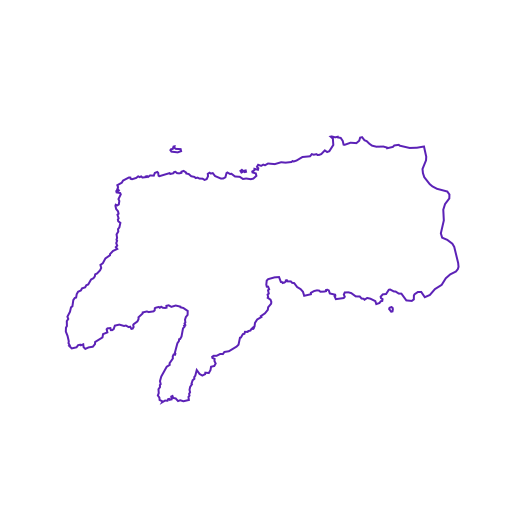 Santa Bárbara de Samaná, Samaná, Dominican Republic (orthographic projection), rotated 167°
{"feature_id": "3306468B43421780768425", "entity_name": "Santa Bárbara de Samaná", "entity_type": "district", "adm_level": 2, "iso_a3": "DOM", "parent_name": "Dominican Republic", "parent_adm1": "Samaná", "projection": "orthographic", "projection_center": [-69.295, 19.263], "detail": "fine", "context": "isolated", "style": "outline", "palette": "violet", "viewbox_px": 512, "rotation_deg": 167, "n_neighbors": 0, "source": "geoboundaries", "source_scale": "gbopen_adm2", "svg_char_len": 6133}
<svg xmlns="http://www.w3.org/2000/svg" viewBox="0 0 512 512"><g transform="rotate(167 256 256)"><path d="M66.0,228.7L70.5,232.0L70.8,236.5L65.0,248.4L63.1,259.0L60.1,264.1L54.7,268.6L53.7,272.4L55.1,275.8L64.6,280.8L68.5,284.2L70.6,287.0L74.3,294.9L74.7,299.2L74.2,303.3L68.8,311.0L67.8,314.4L67.7,324.9L74.8,325.3L82.0,326.7L91.2,331.2L91.9,332.2L96.4,332.6L98.1,331.5L104.0,331.5L104.0,332.2L107.3,334.0L114.1,335.4L118.1,337.4L120.3,339.9L122.3,343.0L124.3,344.4L125.9,347.9L127.9,347.9L129.5,345.1L132.8,343.4L138.4,345.1L144.6,344.4L145.6,344.8L145.6,348.6L146.9,352.0L149.5,353.1L149.5,353.8L152.1,353.8L155.4,355.5L156.4,355.5L154.7,353.1L155.7,346.8L161.0,341.6L163.3,341.3L165.2,343.4L169.5,340.6L171.8,340.3L173.4,340.6L174.1,341.6L177.0,341.7L178.7,342.7L180.9,341.0L188.5,342.0L195.0,339.9L198.0,339.6L199.0,340.3L200.3,339.6L206.2,340.3L210.4,341.7L217.0,341.3L223.5,343.4L226.8,342.4L228.4,343.4L230.7,342.7L233.4,344.4L235.0,342.7L234.0,341.0L234.7,339.6L237.9,341.3L238.3,339.9L240.6,339.2L240.6,338.2L237.6,336.5L237.6,334.0L241.2,332.0L243.8,332.0L248.1,333.7L251.4,334.0L254.0,336.8L258.6,338.2L261.5,341.7L262.8,341.7L265.1,343.8L266.1,343.4L268.1,339.6L270.4,338.9L272.7,339.3L277.9,343.1L279.5,346.5L281.5,346.5L282.5,347.6L284.5,346.9L284.8,344.5L286.8,342.0L289.0,341.7L290.7,343.4L293.6,344.1L295.3,345.5L297.2,345.5L298.2,346.9L301.2,348.3L303.1,351.0L305.4,352.1L305.4,353.1L307.4,355.2L309.7,354.9L310.0,353.8L312.3,353.8L314.3,354.5L315.6,356.2L316.9,356.2L317.9,355.2L321.1,355.2L321.5,356.2L332.3,355.5L332.9,356.2L332.6,359.0L333.3,360.1L335.9,359.7L337.5,357.3L341.1,358.3L343.4,357.3L344.1,358.3L345.4,358.3L345.4,357.6L349.0,358.0L350.0,359.4L351.6,359.0L352.9,360.1L355.2,359.0L359.5,358.7L360.8,359.4L360.8,360.7L362.1,361.1L368.6,359.4L370.3,357.6L375.2,356.2L374.9,354.1L376.2,352.1L375.5,352.4L374.9,350.7L376.2,350.3L376.5,351.4L377.5,350.7L377.5,349.3L374.2,347.9L373.9,346.5L377.2,342.4L376.8,340.3L378.1,337.1L379.8,336.5L381.1,337.5L381.7,336.5L381.7,333.3L380.4,330.6L380.4,328.1L381.7,327.4L381.4,323.6L382.4,322.6L382.4,320.8L380.7,318.8L382.7,314.6L384.4,313.2L384.7,310.8L387.0,308.4L387.3,304.9L388.3,303.2L387.9,302.1L389.3,300.0L388.9,297.3L390.6,296.2L389.6,294.1L394.2,293.1L397.8,290.7L398.1,289.6L403.3,287.5L406.9,283.4L409.6,282.3L409.5,279.2L411.2,277.1L414.8,274.7L416.8,274.3L417.7,272.3L419.4,270.9L422.0,270.2L425.9,266.0L427.9,265.7L429.5,263.9L432.8,263.6L434.4,261.8L437.4,261.2L439.3,259.1L440.6,256.0L442.0,255.9L443.9,254.2L446.2,248.3L447.8,247.6L449.8,243.5L453.4,239.3L453.1,236.9L455.0,235.1L456.0,230.3L457.3,228.9L458.3,225.1L457.6,220.6L457.6,215.0L458.3,213.3L457.6,210.8L458.3,210.5L456.3,207.4L451.4,207.4L449.4,209.1L447.2,209.1L446.8,208.4L444.2,208.8L444.5,206.0L443.2,203.9L439.6,204.6L435.4,204.3L432.7,206.4L432.1,208.4L423.9,211.2L422.6,214.3L418.0,215.0L418.0,218.2L417.0,218.9L414.1,218.5L414.1,216.4L412.8,216.1L411.1,216.8L409.2,219.9L404.6,219.9L400.3,217.5L398.4,217.5L396.1,215.4L394.5,215.4L393.8,213.0L392.5,213.0L391.2,214.4L391.2,216.4L390.5,217.1L386.3,218.9L384.6,221.0L384.3,222.7L379.4,225.5L379.1,226.5L374.8,226.5L373.2,225.5L368.3,225.1L367.0,225.8L366.3,227.9L365.0,228.2L362.1,228.2L361.4,227.2L359.8,227.9L358.4,226.5L356.2,225.8L354.8,225.8L354.5,227.6L352.2,227.6L349.9,225.5L345.4,225.8L341.1,223.7L341.1,223.0L338.5,221.7L334.9,217.8L335.9,214.0L338.1,212.3L339.5,209.9L339.8,207.1L340.8,206.4L340.4,204.7L341.7,204.3L341.4,203.3L343.4,201.9L346.7,194.3L348.6,192.2L349.6,192.2L350.3,190.4L352.2,188.7L356.8,180.0L356.5,179.0L357.1,178.0L358.4,178.6L359.7,176.9L360.1,174.8L364.3,171.0L364.6,169.3L367.9,168.2L375.4,159.9L377.7,155.7L377.7,152.6L378.7,151.9L379.0,149.9L381.0,148.1L381.6,144.3L383.0,142.2L382.0,139.8L382.3,137.4L379.7,135.3L380.3,134.6L377.1,135.6L374.8,134.9L373.8,136.3L372.8,136.3L372.5,135.3L370.5,135.3L370.2,138.1L368.9,138.4L368.6,136.3L366.3,135.3L364.6,132.2L362.3,132.5L359.4,130.8L353.8,130.8L353.5,133.9L352.2,134.9L352.2,136.7L350.9,138.1L350.9,140.5L349.6,143.3L347.3,145.4L347.6,146.0L345.7,149.2L343.7,150.2L343.4,151.9L342.1,153.0L339.4,158.2L337.5,153.7L335.2,151.6L332.2,152.3L331.6,153.7L328.3,152.6L326.0,155.1L324.7,158.2L321.4,158.2L319.5,160.3L320.1,163.0L319.5,165.1L321.4,166.5L321.4,167.6L319.8,168.3L316.9,167.6L312.9,168.6L310.3,167.9L308.4,169.6L303.8,169.3L295.3,172.1L293.0,173.5L290.0,180.0L289.0,180.0L286.4,182.8L284.8,182.8L283.8,184.6L281.2,183.9L280.5,184.6L278.2,184.6L276.9,185.9L275.0,185.6L274.3,186.3L275.0,187.0L273.3,187.7L272.0,191.1L269.1,193.9L264.5,195.3L264.8,196.3L260.2,198.1L256.6,200.9L255.7,203.3L252.0,206.1L251.4,207.8L251.7,210.2L254.0,212.6L253.4,213.3L253.4,215.8L252.0,216.5L252.0,219.9L250.7,220.6L251.1,223.4L252.4,223.7L252.4,225.8L251.1,229.6L249.4,230.7L242.7,231.0L238.3,230.3L237.6,225.1L236.0,224.4L236.0,223.7L234.4,223.7L232.7,224.4L232.4,225.5L231.4,225.5L230.8,224.1L227.8,223.4L226.8,221.7L224.9,221.0L222.9,216.5L220.0,213.7L218.3,210.6L218.0,206.4L211.1,206.4L210.8,207.8L207.2,208.8L204.3,208.8L202.3,208.1L201.3,206.7L197.7,206.0L195.7,206.0L195.4,207.1L194.1,207.1L192.8,206.0L192.5,202.9L187.6,200.5L187.6,199.4L188.5,199.1L187.9,196.0L180.0,195.3L178.7,196.3L179.1,198.7L177.7,200.5L174.1,199.8L171.5,198.4L167.9,194.2L164.0,193.2L162.7,190.8L160.7,190.1L160.1,189.0L157.1,190.1L154.2,188.7L149.9,185.2L149.6,182.1L146.3,182.4L144.7,183.8L143.1,183.8L142.4,185.5L143.7,186.9L143.7,188.3L141.1,190.1L137.8,189.7L134.2,193.2L132.9,193.2L129.6,190.4L128.0,190.0L125.4,187.3L122.8,186.6L119.5,178.9L114.3,177.2L112.0,178.2L111.0,182.1L110.0,183.1L106.4,184.5L103.1,183.8L100.8,177.9L95.4,178.9L89.1,183.5L81.6,186.1L76.1,191.6L70.9,194.4L64.7,195.9L62.3,197.8L61.1,199.9L60.6,203.7L60.8,220.3L61.9,223.8L66.0,228.7ZM309.0,374.6L305.4,375.0L305.4,377.1L310.0,378.4L311.3,379.8L310.7,381.2L311.7,381.2L313.0,379.1L314.9,379.1L315.6,378.4L314.9,376.7L309.0,374.6ZM136.8,171.3L135.5,171.3L134.6,173.4L134.6,174.8L135.5,175.8L137.5,175.5L138.2,174.4L136.8,171.3ZM248.1,340.3L246.8,340.3L246.8,341.7L249.4,341.7L250.4,343.1L252.0,342.4L251.4,340.6L248.4,341.3L248.1,340.3Z" fill="none" stroke="#5b21b6" stroke-width="2"/></g></svg>